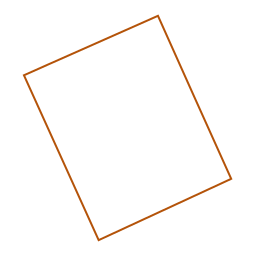 the district of Hale, Texas, United States of America, rotated 336°
{"feature_id": "52423323B58430787795097", "entity_name": "Hale", "entity_type": "district", "adm_level": 2, "iso_a3": "USA", "parent_name": "United States of America", "parent_adm1": "Texas", "projection": "equal_earth", "projection_center": [-101.851, 34.069], "detail": "fine", "context": "isolated", "style": "outline", "palette": "amber", "viewbox_px": 256, "rotation_deg": 336, "n_neighbors": 0, "source": "geoboundaries", "source_scale": "gbopen_adm2", "svg_char_len": 242}
<svg xmlns="http://www.w3.org/2000/svg" viewBox="0 0 256 256"><g transform="rotate(336 128 128)"><path d="M54.4,37.5L55.6,218.5L201.6,216.4L201.2,126.0L201.0,37.7L80.2,37.5L54.4,37.5Z" fill="none" stroke="#b45309" stroke-width="2"/></g></svg>